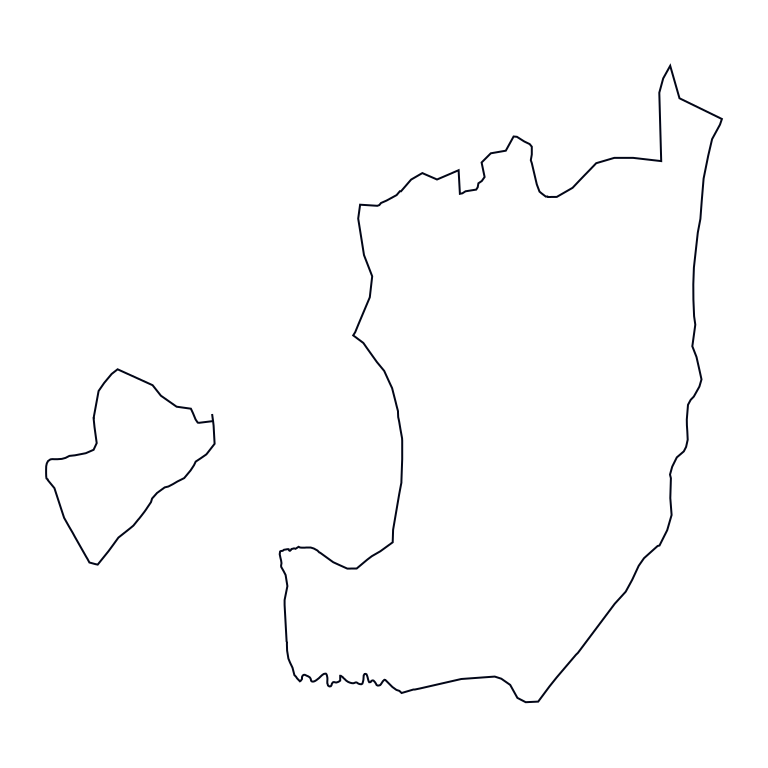 Mudhaykhirah, Ibb, Yemen (Natural Earth projection)
{"feature_id": "15242507B26133929095382", "entity_name": "Mudhaykhirah", "entity_type": "district", "adm_level": 2, "iso_a3": "YEM", "parent_name": "Yemen", "parent_adm1": "Ibb", "projection": "natural_earth1", "projection_center": [43.933, 13.859], "detail": "fine", "context": "isolated", "style": "outline", "palette": "ink", "viewbox_px": 768, "rotation_deg": 0, "n_neighbors": 0, "source": "geoboundaries", "source_scale": "gbopen_adm2", "svg_char_len": 4803}
<svg xmlns="http://www.w3.org/2000/svg" viewBox="0 0 768 768"><path d="M353.2,335.4L363.4,343.0L367.0,348.2L377.0,362.2L384.2,370.9L388.1,379.5L389.7,383.0L392.1,388.1L395.7,402.2L396.6,405.9L398.0,411.2L398.0,412.6L398.2,417.1L398.8,419.8L399.2,421.8L400.4,429.0L402.0,437.9L402.1,438.5L402.1,439.0L402.2,440.7L402.2,454.3L402.2,459.0L401.7,473.0L401.4,481.5L401.4,482.7L400.9,485.2L399.2,494.2L395.6,515.2L393.1,529.8L392.7,542.3L380.3,551.3L371.8,556.2L367.2,559.7L356.7,568.5L347.3,568.6L339.3,565.0L333.2,562.2L320.1,552.7L319.4,552.5L317.4,550.5L313.8,548.5L310.6,547.5L306.7,547.5L304.3,547.7L302.1,547.7L300.0,547.5L298.6,546.8L295.5,548.8L294.3,548.4L293.3,548.5L292.8,548.8L291.9,548.9L291.4,549.1L290.9,550.0L289.9,550.8L289.1,550.4L288.6,549.2L287.4,549.2L285.7,549.5L283.9,549.8L282.7,550.8L281.0,551.0L280.1,551.5L279.7,554.2L280.4,557.6L281.1,560.5L281.5,563.2L281.1,565.5L281.2,566.9L283.6,571.1L285.6,575.0L287.4,586.1L284.6,600.0L284.6,605.0L286.6,641.5L287.0,642.3L286.9,644.1L287.1,650.6L288.4,658.6L290.0,662.5L292.5,667.7L294.4,675.1L296.0,676.7L297.1,678.4L299.9,681.3L300.8,680.7L302.0,679.0L302.0,677.0L302.7,675.6L303.6,674.9L304.8,674.8L307.1,675.9L308.1,676.3L308.9,676.8L309.7,677.3L310.3,678.1L310.8,679.2L311.1,680.7L311.8,681.4L312.7,681.6L313.8,681.5L315.0,681.0L316.3,680.2L317.7,679.1L319.0,678.1L320.3,676.8L322.0,675.2L323.7,674.0L325.0,673.7L325.9,673.7L326.4,674.2L326.8,675.1L327.1,676.3L327.4,678.0L327.4,679.7L327.3,681.5L327.3,683.2L327.7,684.3L328.0,685.5L329.3,686.4L330.0,686.4L330.8,686.2L331.5,685.2L331.9,683.7L332.7,682.6L333.3,682.1L334.3,682.1L335.3,682.4L336.4,682.5L337.7,682.1L338.7,681.7L339.4,681.2L340.2,680.6L340.2,675.8L340.8,675.8L341.6,676.4L342.6,677.0L343.4,678.0L344.7,679.1L346.3,680.7L348.3,682.0L350.4,682.8L352.1,683.2L353.6,683.2L354.5,682.9L355.4,682.5L356.2,682.4L357.1,682.7L358.0,683.4L359.3,684.0L360.5,684.2L361.5,684.2L362.4,683.6L362.9,682.0L363.4,679.9L363.6,676.9L363.7,675.4L364.6,674.0L365.7,673.9L366.5,674.3L367.1,675.7L367.6,677.3L368.0,679.0L368.6,681.1L369.2,682.2L370.1,682.2L370.8,681.9L371.5,680.8L372.8,680.4L373.5,680.6L374.2,681.3L375.0,682.2L375.9,683.6L376.6,685.0L377.5,685.5L378.9,685.5L380.1,685.1L380.8,684.4L381.6,683.2L382.9,681.2L384.4,679.8L385.4,680.0L392.4,687.0L396.4,689.9L399.4,690.9L401.6,693.0L404.0,692.3L413.5,689.5L415.0,689.5L420.3,688.4L438.6,684.2L461.3,679.0L493.0,676.7L494.8,676.6L501.3,678.7L510.2,684.9L517.4,697.9L525.7,702.2L538.2,701.6L549.5,686.4L556.7,677.4L576.0,654.7L577.9,652.9L614.7,603.8L625.7,591.7L632.2,579.8L638.7,565.8L644.0,558.2L653.8,549.4L657.6,546.0L659.5,545.5L667.2,530.2L671.6,515.0L670.3,498.1L670.9,478.2L670.0,474.6L672.2,466.7L676.8,457.4L683.8,451.4L686.1,446.9L687.7,439.7L687.3,431.2L686.9,425.2L686.8,419.5L688.0,404.8L690.7,399.8L693.8,396.6L699.4,386.6L701.5,379.4L699.3,369.4L696.5,357.0L692.3,346.2L692.5,345.1L695.3,324.7L694.1,316.2L693.4,299.5L693.3,284.3L693.9,267.6L697.8,232.6L700.4,218.9L701.7,201.4L703.6,178.6L708.2,155.8L712.1,139.1L720.0,124.6L721.9,119.0L721.3,118.7L679.5,98.3L670.2,65.8L663.2,78.4L659.3,92.7L661.2,161.1L633.4,157.9L614.2,157.9L596.2,163.2L589.0,170.7L584.9,174.9L579.6,180.4L572.6,187.8L556.8,196.9L547.8,197.0L547.5,196.5L545.8,196.6L541.5,193.3L539.5,191.6L536.8,184.4L531.8,163.1L530.8,160.2L531.8,154.5L531.8,146.7L529.7,144.1L524.3,141.5L516.9,136.8L513.6,136.5L505.8,150.7L490.8,153.3L481.6,162.5L484.6,177.0L481.8,181.0L478.4,183.3L477.7,187.3L476.2,189.6L465.5,191.3L462.4,193.3L459.9,193.8L458.6,170.2L448.7,174.5L437.0,179.5L435.0,178.6L422.3,173.1L411.1,179.6L403.0,189.0L401.0,191.3L399.9,191.2L396.6,195.1L386.5,200.6L381.0,203.0L379.3,205.1L377.3,205.8L360.1,204.7L358.2,218.6L361.6,239.9L364.0,255.1L372.2,276.3L369.8,297.3L358.4,324.4L355.2,332.2L353.2,335.4ZM117.6,369.3L112.1,373.6L111.6,374.0L104.2,382.9L98.6,391.0L93.9,416.5L93.9,418.2L93.6,418.2L94.5,427.0L96.7,443.1L93.6,449.8L85.8,453.2L75.0,455.3L69.4,455.9L65.5,457.9L61.8,458.9L57.4,459.2L54.2,459.2L52.3,459.1L50.4,459.4L48.0,461.1L46.8,463.4L46.2,466.2L46.1,469.3L46.1,473.1L46.2,476.4L46.5,478.5L47.8,479.5L47.8,480.1L54.4,488.1L61.3,509.3L64.1,517.8L69.0,526.5L72.8,533.0L74.8,536.7L86.2,556.8L87.1,558.3L87.3,558.6L89.4,562.5L95.3,564.1L97.7,564.6L108.5,551.2L113.2,544.8L118.4,537.6L129.9,528.5L133.4,525.6L138.4,519.4L138.9,518.9L140.8,516.5L141.2,516.0L144.5,511.7L145.7,510.0L146.4,509.0L146.9,508.2L151.0,502.1L152.1,498.5L157.1,492.9L164.7,487.4L168.4,486.5L173.0,484.1L177.4,481.5L184.2,478.1L190.6,470.4L194.0,465.2L195.7,461.6L201.0,458.1L201.7,457.6L206.2,454.5L207.0,453.6L214.6,443.8L214.3,438.3L214.2,436.5L213.6,425.6L213.0,420.5L212.1,414.0L213.0,421.1L199.1,422.8L197.7,422.6L195.6,419.5L193.0,413.2L190.9,408.7L176.6,406.7L160.9,395.7L152.6,385.2L117.6,369.3Z" fill="none" stroke="#020617" stroke-width="2"/></svg>